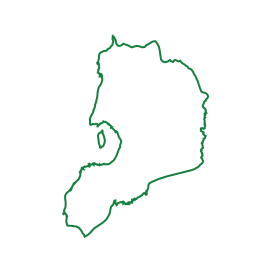 outline of Kota Baubau, Sulawesi Tenggara, Indonesia, rotated 344°
{"feature_id": "22746128B66779214231616", "entity_name": "Kota Baubau", "entity_type": "district", "adm_level": 2, "iso_a3": "IDN", "parent_name": "Indonesia", "parent_adm1": "Sulawesi Tenggara", "projection": "albers", "projection_center": [122.657, -5.423], "detail": "fine", "context": "isolated", "style": "outline", "palette": "green", "viewbox_px": 256, "rotation_deg": 344, "n_neighbors": 0, "source": "geoboundaries", "source_scale": "gbopen_adm2", "svg_char_len": 5836}
<svg xmlns="http://www.w3.org/2000/svg" viewBox="0 0 256 256"><g transform="rotate(344 128 128)"><path d="M146.7,45.7L144.9,46.6L143.1,46.8L141.5,46.4L140.7,45.7L140.1,43.8L140.2,39.6L139.5,36.4L138.7,35.4L137.6,38.3L137.9,39.7L137.6,41.1L136.4,42.7L135.9,43.9L134.3,44.7L132.8,46.0L129.9,46.8L129.0,47.5L127.1,47.7L126.5,47.4L125.1,47.4L123.6,47.9L122.5,47.9L121.5,48.4L120.3,50.0L119.7,51.3L119.2,53.2L117.4,56.2L117.7,58.4L117.2,59.9L117.0,62.2L115.6,63.6L115.6,64.2L114.3,66.2L114.6,67.2L116.8,68.4L117.3,69.2L117.4,70.0L116.8,72.7L116.8,73.9L116.5,74.8L115.0,77.2L113.4,79.0L111.2,80.7L109.9,82.8L108.4,85.9L107.2,89.2L103.8,95.3L103.2,95.9L101.8,98.9L100.3,100.8L99.7,101.2L99.8,101.5L98.4,103.7L95.1,107.0L93.7,109.0L93.4,111.2L92.7,113.0L92.6,114.2L92.8,114.4L93.2,114.4L93.4,114.7L95.2,114.4L96.4,115.1L98.5,115.2L98.9,115.4L100.1,116.5L99.1,118.0L99.3,118.1L100.2,116.5L100.7,117.2L101.9,116.8L102.5,116.0L104.2,116.1L106.0,115.5L106.2,115.0L106.8,115.6L107.9,115.8L109.0,116.9L109.8,118.3L110.4,118.4L110.6,118.7L110.8,119.1L110.5,119.5L111.1,120.0L112.2,121.4L112.5,122.2L111.8,122.7L111.7,123.2L112.8,123.2L112.6,123.5L113.7,125.2L114.3,126.7L114.7,127.2L115.4,127.4L115.7,128.1L114.2,129.3L115.8,128.2L116.6,129.0L116.7,134.1L117.9,138.0L117.9,138.7L117.6,139.6L115.5,142.5L115.1,144.5L113.9,145.2L109.3,151.5L106.6,154.2L105.0,155.3L99.9,157.4L97.5,157.1L95.1,156.1L95.2,155.8L95.0,155.7L93.8,156.0L93.5,155.9L92.8,156.0L90.6,155.9L90.7,155.4L90.4,155.3L90.4,154.6L90.1,154.5L90.4,154.8L90.2,155.3L89.0,155.4L88.4,154.9L88.4,154.5L86.7,153.6L86.2,153.6L86.2,152.7L87.0,152.6L85.6,152.5L85.6,153.5L84.8,153.4L84.8,152.6L84.6,152.6L84.5,153.7L84.2,153.3L83.1,153.1L82.5,152.7L81.4,152.7L80.8,151.6L80.5,151.7L81.2,153.2L80.8,153.4L80.7,154.3L80.1,154.5L79.5,153.1L78.8,153.4L76.3,153.6L75.5,153.2L73.8,153.8L73.4,153.7L73.7,154.3L73.4,154.5L73.1,154.1L73.2,154.5L72.9,154.2L73.4,153.7L72.6,153.9L72.2,154.4L72.8,154.9L72.1,154.8L71.7,155.0L70.7,156.8L70.7,156.2L70.6,157.0L69.9,157.9L69.6,157.4L69.9,157.1L69.8,156.9L69.4,157.3L69.9,158.1L69.2,160.0L68.4,161.6L67.7,162.0L66.9,163.3L63.7,165.0L62.5,166.0L61.3,166.6L61.1,166.1L60.7,166.4L61.2,166.6L58.8,168.3L56.7,171.1L56.2,170.6L56.0,170.8L56.5,171.3L55.7,172.2L55.2,172.2L54.6,171.8L54.3,171.9L53.5,172.6L51.7,173.2L49.7,174.8L48.8,176.1L48.4,177.3L47.5,182.7L46.1,186.7L45.7,187.4L44.7,188.4L43.3,190.8L43.9,192.2L42.2,192.6L42.3,193.0L44.0,192.4L44.9,194.9L45.0,195.9L44.6,195.9L44.6,196.1L45.1,196.0L45.1,196.4L44.2,197.6L43.2,200.0L42.7,202.0L42.9,202.7L42.7,204.6L43.2,205.2L47.8,206.9L49.0,207.6L50.9,208.2L53.5,210.7L54.7,213.5L55.4,216.7L56.3,218.5L56.2,219.5L56.5,220.6L59.3,219.8L61.8,218.9L67.9,215.1L77.8,212.0L81.7,210.1L83.6,208.5L85.9,206.2L87.4,204.2L88.8,201.1L89.8,199.4L90.7,198.6L92.7,197.5L94.9,194.1L95.9,194.1L95.2,196.7L95.8,199.0L96.6,198.5L96.9,197.7L97.4,197.4L99.0,197.4L100.2,197.1L101.6,197.8L102.2,197.4L103.1,197.4L103.5,198.0L102.9,199.3L103.7,199.0L104.5,199.8L104.6,200.5L105.0,200.7L105.6,200.3L106.0,200.8L106.5,200.7L107.9,199.6L108.2,199.8L108.2,200.3L108.1,200.7L107.6,201.0L107.5,201.3L108.4,201.6L108.6,201.4L108.7,200.3L109.3,199.9L111.2,201.0L111.5,200.9L111.7,200.6L110.7,200.0L111.9,199.9L112.1,199.2L111.9,198.3L112.2,197.9L114.1,199.0L114.3,197.9L115.0,197.7L115.3,197.8L115.3,198.6L115.5,198.7L116.5,198.5L118.2,197.5L120.7,197.2L122.2,196.5L123.1,196.5L124.2,195.4L125.4,195.0L125.9,195.2L126.3,195.8L126.6,196.9L127.5,197.1L127.9,196.5L128.0,195.8L127.7,194.4L128.2,194.2L128.4,193.4L128.9,193.3L129.2,193.5L129.4,193.3L131.2,190.6L131.8,188.6L133.3,187.0L136.8,186.3L143.2,185.5L152.3,185.2L173.0,185.9L178.6,186.0L180.3,185.8L185.1,184.7L187.3,183.2L189.6,182.3L190.2,181.8L190.8,180.9L191.0,180.3L190.8,177.9L190.1,176.8L190.4,176.2L192.0,175.2L191.9,174.0L192.3,173.7L192.3,173.3L192.0,172.7L192.3,172.1L191.8,170.8L191.8,170.1L192.5,169.8L192.3,169.3L192.4,168.8L194.2,167.8L194.7,167.7L194.8,167.5L194.8,163.7L194.6,163.2L195.2,162.4L195.8,162.6L196.8,160.7L197.6,160.0L197.7,159.1L199.1,159.0L199.8,157.7L200.5,157.2L199.3,155.7L198.6,154.3L199.5,153.2L197.4,151.1L197.3,150.4L197.9,149.5L197.8,149.0L198.0,148.5L198.3,148.4L199.0,148.8L199.4,148.6L200.5,149.6L201.6,149.5L202.0,148.1L203.0,146.7L202.5,146.1L202.5,145.5L202.7,145.1L203.3,144.7L203.2,143.7L203.8,141.9L203.6,140.7L204.2,139.7L205.1,139.2L204.8,138.8L204.7,138.0L205.1,137.4L205.8,136.9L205.9,136.6L205.4,135.6L206.2,134.9L206.7,134.8L207.2,135.3L207.5,135.2L207.1,133.4L207.7,132.5L207.7,131.9L207.0,129.9L206.4,129.7L206.0,129.0L205.9,127.6L206.8,126.0L207.9,125.0L208.2,124.1L209.3,123.3L210.2,123.3L210.8,122.0L212.2,121.5L212.8,121.0L213.8,119.4L213.5,117.9L212.7,116.5L211.9,115.5L210.2,114.7L208.6,113.2L208.5,112.8L208.2,110.1L207.9,102.2L207.1,96.5L206.3,94.6L206.0,92.1L205.5,90.3L204.8,88.9L202.6,87.2L202.2,85.6L201.8,85.1L200.8,84.1L199.7,82.3L198.1,80.8L196.5,77.7L195.1,78.0L192.7,76.0L191.8,75.5L191.2,75.7L189.4,76.9L187.9,75.6L187.1,74.3L186.8,74.2L185.1,75.0L181.7,75.0L180.7,74.5L179.4,73.1L178.9,72.0L178.7,70.5L179.9,61.8L180.1,58.6L179.4,55.1L178.7,52.8L178.3,52.2L176.7,51.8L175.0,51.8L169.9,53.3L168.6,53.3L166.9,54.5L166.2,54.7L164.1,54.4L163.4,54.1L161.4,52.5L160.0,52.0L158.8,51.4L154.0,51.5L152.9,50.8L151.2,48.9L146.7,45.7ZM86.1,152.7L86.1,153.5L85.7,153.5L85.8,152.7L86.1,152.7ZM102.1,126.4L102.8,123.7L102.6,123.4L101.1,124.6L100.6,124.9L99.5,124.8L98.2,125.4L97.1,127.1L96.8,128.3L96.7,129.9L96.2,131.8L95.8,135.2L96.0,138.0L95.6,139.0L96.0,139.4L96.6,139.4L98.0,138.6L99.0,138.6L99.8,138.1L100.1,138.2L99.8,138.0L100.8,136.6L102.4,133.6L102.5,128.2L102.4,127.2L102.1,126.4ZM115.1,70.9L116.0,69.8L115.8,69.4L115.5,69.5L115.0,70.3L114.9,70.8L115.1,70.9ZM116.6,58.2L116.7,57.6L116.3,57.4L116.3,57.9L116.6,58.2ZM115.6,69.3L115.8,68.6L115.6,68.2L115.6,69.3Z" fill="none" stroke="#15803d" stroke-width="2"/></g></svg>